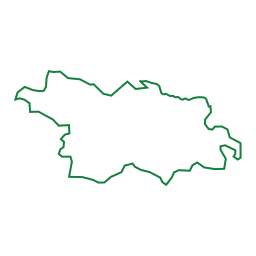 outline of Toktogul, Jalal-Abad, Kyrgyzstan
{"feature_id": "92254566B9187696742897", "entity_name": "Toktogul", "entity_type": "district", "adm_level": 2, "iso_a3": "KGZ", "parent_name": "Kyrgyzstan", "parent_adm1": "Jalal-Abad", "projection": "albers", "projection_center": [73.19, 41.788], "detail": "fine", "context": "isolated", "style": "outline", "palette": "green", "viewbox_px": 256, "rotation_deg": 0, "n_neighbors": 0, "source": "geoboundaries", "source_scale": "gbopen_adm2", "svg_char_len": 1709}
<svg xmlns="http://www.w3.org/2000/svg" viewBox="0 0 256 256"><path d="M139.5,80.6L141.7,82.6L147.1,87.6L135.7,89.0L127.4,81.6L111.2,95.6L103.4,93.8L93.6,84.2L90.3,84.7L79.9,79.3L68.0,78.1L60.2,71.6L53.4,72.0L48.9,71.2L46.6,77.9L46.0,86.8L43.8,90.8L39.6,91.2L32.6,90.0L24.7,86.9L17.6,92.4L15.4,99.5L19.6,98.3L24.5,99.7L29.5,103.3L30.1,111.9L38.5,111.7L52.9,119.5L58.8,125.7L69.0,125.1L69.4,133.4L64.7,134.7L60.9,139.2L64.0,141.9L63.5,147.2L60.4,149.2L58.8,153.9L62.1,156.7L70.5,156.7L71.9,161.8L69.1,176.8L82.4,177.1L92.8,179.8L98.6,182.6L104.3,182.5L111.0,176.8L117.9,173.8L118.7,173.4L118.9,173.3L121.5,172.1L124.7,165.6L132.5,163.6L135.0,166.8L140.7,169.8L149.9,172.2L160.2,177.6L162.4,182.1L166.1,184.8L171.8,177.5L174.1,172.3L178.7,170.2L189.8,170.7L192.5,165.2L197.3,162.5L204.1,167.4L214.8,169.1L224.2,168.8L225.8,158.7L220.6,150.0L220.5,146.3L225.1,145.3L235.4,150.3L235.2,154.1L233.6,156.5L237.7,159.5L240.6,157.7L240.5,143.1L229.8,137.4L227.4,129.4L221.9,126.5L214.9,126.6L212.4,129.5L208.7,129.1L204.9,124.0L205.1,119.6L211.0,112.2L210.4,106.2L208.9,106.6L208.4,105.9L208.1,104.0L207.4,102.6L206.8,101.4L206.6,99.8L205.5,98.5L204.8,97.9L203.7,97.5L201.9,97.3L199.0,97.2L197.2,97.4L195.2,97.7L193.5,98.0L191.5,98.9L188.9,99.9L187.2,99.5L185.6,98.5L184.6,98.7L182.8,99.6L181.6,99.4L180.4,98.9L178.9,97.5L177.9,97.1L176.8,97.0L175.6,97.3L174.4,96.9L173.3,95.9L172.1,95.9L170.9,96.1L169.6,95.8L168.4,95.1L166.5,94.1L166.2,94.0L165.4,93.9L164.5,94.3L163.2,94.2L162.4,93.9L161.7,93.3L161.2,92.6L161.0,92.3L160.8,91.0L160.1,88.9L159.4,86.3L158.6,85.5L157.9,84.8L156.7,84.0L153.8,83.4L151.5,82.9L146.5,81.2L144.8,81.1L142.0,81.5L140.5,81.3L139.5,80.6Z" fill="none" stroke="#15803d" stroke-width="2"/></svg>